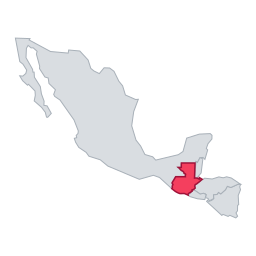 Guatemala shown with its bordering countries
{"feature_id": "GTM", "entity_name": "Guatemala", "entity_type": "country or territory", "adm_level": 0, "iso_a3": "GTM", "parent_name": "North America", "parent_adm1": "", "projection": "orthographic", "projection_center": [-90.227, 15.776], "detail": "fine", "context": "with_neighbors", "style": "filled", "palette": "rose", "viewbox_px": 256, "rotation_deg": 0, "n_neighbors": 5, "source": "natural_earth", "source_scale": "50m", "svg_char_len": 3854}
<svg xmlns="http://www.w3.org/2000/svg" viewBox="0 0 256 256"><path d="M15.4,38.1L30.0,38.6L29.1,40.0L50.5,51.5L68.2,53.1L68.7,50.0L79.8,51.0L88.1,60.0L90.8,68.4L94.0,71.0L99.3,73.6L104.1,67.8L109.6,68.0L114.0,71.3L118.9,81.3L122.6,85.8L125.4,95.0L135.6,99.5L138.3,99.3L133.7,111.6L131.7,125.8L136.0,140.1L140.6,146.0L144.9,154.5L152.7,156.8L155.7,160.1L178.3,154.7L183.0,151.5L186.7,138.1L199.4,134.1L210.2,133.6L212.0,135.3L211.9,139.0L208.0,143.7L206.3,148.5L207.7,149.9L204.9,159.4L203.0,157.4L200.0,157.7L197.4,162.5L196.0,161.5L195.2,163.1L181.3,163.0L181.2,167.4L177.8,167.4L185.5,174.1L185.3,176.7L175.6,176.7L171.9,183.1L172.9,184.6L171.8,188.7L159.5,177.5L153.4,175.3L139.3,179.3L107.9,166.1L100.3,159.8L88.9,156.2L86.2,152.4L78.8,147.4L75.6,142.2L74.3,138.3L76.7,137.7L76.2,135.4L78.0,133.5L78.3,130.9L74.0,119.9L60.0,100.0L54.7,96.4L53.7,94.4L55.4,89.7L49.0,83.5L48.2,78.0L44.9,77.0L39.5,68.6L39.7,66.2L36.4,54.1L37.1,51.3L33.2,47.8L31.1,47.9L28.1,45.4L26.4,48.3L26.0,57.7L32.6,69.4L32.9,72.1L34.1,72.1L34.4,77.2L40.3,86.5L41.4,93.8L44.1,101.2L43.9,105.3L47.1,105.9L51.3,113.4L47.7,117.3L46.5,117.1L45.3,112.3L41.6,107.4L34.2,100.9L35.3,95.3L35.0,91.0L28.5,84.3L27.5,85.2L22.6,80.7L19.7,75.8L22.8,76.1L25.8,73.5L26.7,70.1L23.0,64.2L19.8,61.6L15.4,38.1Z" fill="#d9dde1" stroke="#a8b0b8" stroke-width="1"/><path d="M237.6,216.2L235.8,217.9L229.8,215.3L228.1,216.4L223.0,214.4L221.8,215.4L206.6,201.4L207.5,200.2L208.7,201.4L211.7,200.4L213.7,198.6L213.5,194.7L216.9,194.5L218.5,192.4L220.8,193.9L225.5,189.7L227.3,186.3L230.9,187.5L238.1,184.2L240.6,184.3L239.7,186.8L240.5,189.7L238.2,195.6L238.7,204.6L237.6,205.4L237.5,210.8L236.0,212.9L237.6,216.2Z" fill="#d9dde1" stroke="#a8b0b8" stroke-width="1"/><path d="M240.6,184.3L238.1,184.2L230.9,187.5L227.3,186.3L225.5,189.7L220.8,193.9L218.5,192.4L216.9,194.5L213.5,194.7L213.7,198.6L209.3,200.8L208.0,198.4L205.6,197.7L206.1,194.6L205.1,193.7L200.2,194.1L193.7,189.6L195.3,187.6L195.2,184.6L204.6,178.2L212.2,179.0L218.9,176.9L223.2,177.8L226.6,176.8L231.3,178.0L240.6,184.3Z" fill="#d9dde1" stroke="#a8b0b8" stroke-width="1"/><path d="M193.7,189.6L200.2,194.1L203.5,193.2L206.1,194.6L204.8,199.6L197.6,198.8L190.2,196.7L188.1,195.1L192.3,191.1L191.9,190.1L193.7,189.6Z" fill="#d9dde1" stroke="#a8b0b8" stroke-width="1"/><path d="M194.6,178.1L196.0,161.5L197.4,162.5L200.0,157.7L202.9,158.8L201.1,173.0L196.8,178.1L194.6,178.1Z" fill="#d9dde1" stroke="#a8b0b8" stroke-width="1"/><path d="M171.8,188.6L172.0,188.4L172.2,188.0L172.4,187.5L172.2,186.9L172.2,186.5L172.4,185.8L172.4,185.4L172.5,185.1L172.9,184.9L173.0,184.5L172.1,183.2L172.1,182.9L172.2,182.5L173.0,181.2L174.0,179.6L175.0,177.8L175.7,176.7L177.9,176.7L179.5,176.7L181.4,176.7L183.5,176.7L184.8,176.7L185.4,176.7L185.3,176.0L185.4,175.2L185.6,174.5L185.6,174.2L185.2,173.8L184.4,173.6L184.0,173.3L184.0,172.8L183.8,172.3L183.4,171.7L182.6,171.1L181.4,170.5L180.4,169.6L179.6,168.5L178.9,167.8L178.3,167.5L178.2,167.4L179.8,167.4L181.3,167.4L181.3,165.9L181.3,164.5L181.4,163.0L184.1,163.0L187.4,163.0L190.8,163.0L193.4,163.0L195.0,163.0L195.0,164.9L194.9,167.1L194.8,168.7L194.8,170.9L194.7,173.1L194.6,176.1L194.5,178.1L195.5,178.0L196.8,178.1L197.1,178.1L197.5,178.3L197.8,178.3L198.5,178.8L199.3,179.1L199.8,178.4L199.6,178.0L199.4,177.8L199.4,177.6L202.2,179.3L201.8,179.6L201.1,180.2L199.9,181.3L198.7,182.3L197.6,183.1L196.7,183.9L196.5,184.0L195.3,184.5L195.1,184.8L194.8,185.9L194.7,186.2L194.9,186.8L195.1,187.7L195.1,188.2L194.2,188.8L193.8,189.4L193.6,189.7L193.2,189.6L192.6,189.7L192.3,189.8L192.0,189.9L192.0,190.3L192.2,190.8L192.2,191.1L191.3,191.5L191.0,191.9L190.7,192.4L190.4,192.6L190.0,192.6L189.8,192.6L189.2,193.0L188.4,193.7L188.0,194.3L188.0,194.7L188.1,195.1L185.1,193.8L184.2,193.5L180.0,193.6L178.3,193.0L176.3,192.0L174.9,191.1L171.8,188.6Z" fill="#f43f5e" stroke="#9f1239" stroke-width="1.5"/></svg>